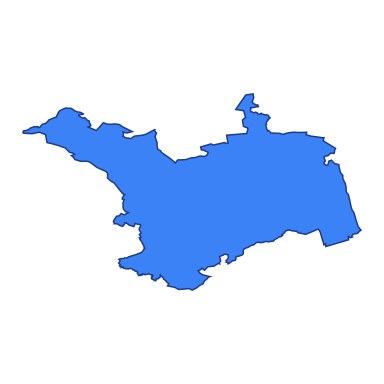 outline of Laidu pag., Kuldigas, Latvia
{"feature_id": "27541924B42587812574717", "entity_name": "Laidu pag.", "entity_type": "district", "adm_level": 2, "iso_a3": "LVA", "parent_name": "Latvia", "parent_adm1": "Kuldigas", "projection": "robinson", "projection_center": [21.821, 56.751], "detail": "fine", "context": "isolated", "style": "filled", "palette": "blue", "viewbox_px": 384, "rotation_deg": 0, "n_neighbors": 0, "source": "geoboundaries", "source_scale": "gbopen_adm2", "svg_char_len": 6051}
<svg xmlns="http://www.w3.org/2000/svg" viewBox="0 0 384 384"><path d="M261.4,113.3L260.3,113.6L259.7,114.3L258.8,114.5L257.0,112.7L256.6,112.7L256.4,112.4L255.4,112.2L253.6,112.8L251.9,111.8L250.9,111.7L250.4,110.2L250.8,108.8L250.5,108.0L258.4,106.6L257.7,104.9L256.8,105.1L254.0,103.9L252.2,102.1L253.7,97.6L253.1,93.9L245.7,95.0L235.7,109.5L243.7,110.7L245.5,117.5L242.5,119.9L243.4,126.3L246.3,127.6L247.5,127.8L247.9,129.5L247.2,131.3L246.9,133.5L226.6,135.2L228.0,143.1L225.7,143.4L224.8,142.5L213.1,145.1L211.1,143.9L200.6,147.0L201.4,149.9L203.5,150.2L208.1,152.3L207.9,153.5L206.7,155.2L205.6,156.1L204.1,156.4L200.2,156.0L197.8,156.6L195.7,157.5L192.5,157.7L189.5,158.3L186.4,159.5L181.3,159.9L178.5,159.8L177.5,160.2L175.4,162.9L170.2,158.5L161.6,152.5L160.6,150.8L157.9,149.4L157.1,146.1L157.1,142.4L156.7,142.0L156.7,141.5L155.6,138.5L155.1,136.4L156.6,133.0L155.8,132.5L154.6,130.6L154.9,129.7L154.5,129.7L145.6,134.4L141.7,135.3L134.7,136.1L133.5,136.6L131.0,138.6L125.8,137.8L125.0,137.5L123.7,136.5L123.0,136.4L123.4,134.9L123.5,133.2L123.0,132.1L127.0,133.0L132.3,131.6L123.5,127.3L119.4,124.6L118.5,124.4L114.9,123.9L111.1,124.3L106.8,124.1L103.5,122.7L96.3,130.5L88.1,127.0L90.0,126.2L90.8,125.6L90.5,124.4L89.6,123.3L89.2,121.0L86.8,120.0L86.6,119.3L84.6,117.5L83.0,118.3L79.0,116.0L78.8,114.8L82.7,114.4L82.6,114.2L83.2,113.8L80.6,112.4L77.1,111.8L74.7,110.8L71.3,108.4L67.4,108.2L66.6,107.9L65.0,108.3L61.0,110.1L59.9,110.7L58.4,112.3L58.7,112.8L58.1,113.2L56.0,117.3L53.4,118.0L49.1,119.9L49.2,120.0L45.4,123.6L42.7,124.1L41.3,125.3L40.4,126.9L38.3,127.6L38.0,126.8L36.6,126.6L35.8,126.9L33.9,126.6L32.9,127.3L31.0,127.7L29.1,129.2L26.8,130.4L23.6,130.8L23.0,132.4L23.3,133.2L32.1,133.7L39.3,132.2L45.6,134.6L47.0,142.6L51.6,143.6L58.8,145.6L65.3,148.0L69.5,152.3L72.9,153.1L74.6,154.4L71.4,155.6L73.9,157.8L74.6,159.2L75.3,159.7L80.6,161.3L86.5,161.2L89.7,162.0L97.1,167.5L105.8,171.4L107.6,173.3L107.7,173.8L107.5,178.0L111.4,181.5L114.1,182.9L121.3,192.0L121.9,192.4L122.0,193.0L123.4,193.7L123.3,194.1L123.7,194.4L124.7,194.6L122.4,197.6L122.3,199.1L124.1,199.6L122.9,203.3L123.3,205.4L122.9,206.4L123.4,209.0L125.6,211.7L128.4,212.6L124.4,214.8L121.1,213.6L119.6,215.3L118.3,216.2L117.0,216.0L116.0,217.0L115.0,218.8L114.6,218.9L113.4,221.4L114.5,223.0L114.1,223.7L117.0,223.8L119.3,225.2L122.6,226.4L124.4,224.4L125.0,222.7L125.6,222.6L126.1,222.6L126.3,223.3L127.8,223.9L128.3,224.5L129.0,225.0L133.8,226.6L134.5,225.5L134.9,223.6L140.1,224.6L140.9,225.5L139.3,228.3L139.2,229.8L140.9,232.6L140.9,233.3L139.3,234.5L140.9,236.9L140.6,237.7L139.4,237.7L140.4,239.6L140.1,239.7L141.2,241.0L143.6,245.5L144.3,247.6L144.2,247.8L144.8,248.1L144.6,248.7L143.8,249.3L142.9,250.9L141.5,252.5L135.1,254.9L128.4,256.9L126.8,258.1L124.7,257.8L124.1,258.4L120.2,258.7L118.8,259.4L119.8,260.2L120.2,261.1L119.4,261.8L119.2,262.5L118.9,262.9L119.1,263.3L118.9,263.4L120.3,264.7L120.0,265.1L120.2,265.6L119.7,265.8L120.1,266.1L120.1,266.5L120.9,266.3L121.1,266.5L121.7,266.8L121.8,267.1L121.4,267.2L121.3,267.5L122.2,267.2L121.9,267.6L123.2,267.6L123.8,268.2L126.3,268.8L128.6,268.9L129.5,268.5L131.7,268.6L132.9,269.9L134.2,270.1L135.1,271.1L136.7,271.4L136.8,271.7L137.6,272.1L137.5,272.6L137.7,273.0L137.4,273.5L138.2,274.5L138.6,275.5L139.4,275.5L139.8,275.1L140.8,275.4L141.2,274.9L141.9,275.0L142.1,274.9L141.6,274.5L142.2,274.4L142.0,274.1L142.3,273.9L144.0,274.1L143.9,274.3L144.8,274.7L148.4,273.8L149.1,274.2L149.9,274.1L150.7,274.8L151.6,274.9L152.0,275.5L152.3,275.1L152.9,275.6L152.9,276.0L152.4,276.7L151.8,276.9L151.8,277.3L151.5,277.4L151.7,277.8L151.5,278.4L151.8,278.7L151.9,279.1L153.2,279.5L154.5,280.6L155.9,280.7L156.2,279.5L156.0,279.3L156.7,278.9L158.1,278.8L158.8,277.9L159.2,277.9L159.9,277.3L160.4,276.5L160.0,276.0L160.3,274.9L163.1,277.9L163.7,279.1L166.0,280.9L166.7,282.0L168.8,283.8L167.5,285.9L174.7,287.3L178.8,289.5L189.1,288.6L192.2,290.1L196.6,287.9L200.0,285.2L203.1,283.7L203.7,282.8L203.7,281.9L204.9,280.6L207.0,278.9L208.7,277.0L210.0,276.6L202.4,274.8L202.3,274.5L200.5,273.6L198.1,271.0L200.8,269.5L201.8,268.3L204.6,270.3L205.4,269.3L207.9,266.8L212.6,266.2L213.5,266.4L218.3,263.4L219.7,263.9L219.5,262.6L220.7,260.9L219.5,256.6L223.4,255.0L223.7,254.6L224.7,254.2L227.9,254.7L228.3,257.0L228.1,258.6L226.0,260.7L226.4,262.0L226.7,262.2L226.6,262.3L227.9,262.5L228.0,263.8L230.2,262.7L232.4,260.8L235.2,260.4L235.9,258.8L236.1,256.7L238.7,256.2L242.4,254.9L243.2,253.9L243.4,252.3L243.2,251.5L243.3,249.8L245.7,248.0L247.9,247.5L250.7,245.7L254.0,244.7L255.9,242.9L258.3,242.0L260.1,242.7L263.0,242.4L265.3,241.6L265.6,241.3L268.6,241.9L270.7,241.4L271.2,241.1L271.7,241.4L273.4,241.1L274.0,240.6L274.4,239.7L277.4,238.2L278.3,237.3L281.2,236.5L282.7,235.2L282.1,234.5L284.4,232.9L285.8,230.8L286.6,230.7L287.1,230.3L289.0,230.0L292.2,230.8L296.5,231.3L298.5,232.9L305.8,234.3L318.4,229.0L320.2,232.0L322.4,239.7L323.3,242.1L323.8,244.8L325.5,243.8L325.8,246.5L348.6,239.8L348.2,236.4L350.6,237.7L352.3,237.0L351.6,236.7L352.2,235.2L353.8,234.0L357.5,233.4L359.3,231.4L361.0,230.2L358.3,226.9L356.4,221.4L354.2,213.5L353.6,212.1L352.1,209.9L351.2,207.3L349.8,200.7L349.8,199.8L349.5,199.5L348.6,195.4L348.1,194.1L346.6,192.7L346.1,190.5L346.1,187.1L345.2,183.3L343.0,179.0L342.8,177.6L342.8,175.4L340.7,172.9L339.3,168.2L338.8,164.6L334.4,163.5L331.5,160.2L328.9,161.1L327.9,165.0L325.8,165.2L324.0,163.7L324.1,162.3L324.3,161.9L324.9,161.7L325.3,160.9L324.8,159.2L324.0,157.8L324.1,157.1L325.2,156.1L327.8,155.7L331.0,153.0L334.0,153.5L334.5,152.0L334.6,150.4L335.6,148.4L325.4,142.2L323.1,140.5L324.0,137.7L323.3,137.8L310.7,136.1L306.1,134.7L306.7,132.3L298.5,132.5L293.7,132.2L290.0,132.6L285.3,133.5L283.5,134.4L279.3,133.3L271.0,133.0L268.7,130.5L267.8,130.9L266.8,129.2L265.8,125.4L266.1,124.2L266.5,124.1L266.3,123.8L266.4,122.5L267.2,121.1L267.9,120.5L268.2,119.7L268.1,119.3L268.8,119.1L269.9,117.9L270.6,117.6L269.3,117.5L268.7,116.6L268.6,115.6L268.1,115.2L266.9,114.9L264.3,114.8L263.9,114.4L261.7,113.9L261.4,113.3Z" fill="#3b82f6" stroke="#1e3a8a" stroke-width="1.5"/></svg>